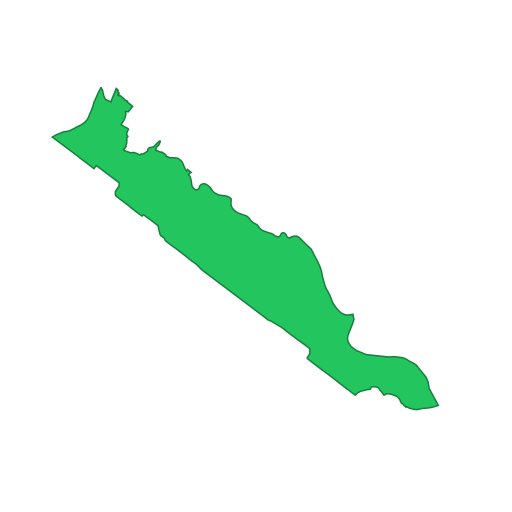 outline of Marasu, Braila, Romania, rotated 125°
{"feature_id": "2599482B39653886618444", "entity_name": "Marasu", "entity_type": "district", "adm_level": 2, "iso_a3": "ROU", "parent_name": "Romania", "parent_adm1": "Braila", "projection": "equal_earth", "projection_center": [27.963, 45.023], "detail": "fine", "context": "isolated", "style": "filled", "palette": "green", "viewbox_px": 512, "rotation_deg": 125, "n_neighbors": 0, "source": "geoboundaries", "source_scale": "gbopen_adm2", "svg_char_len": 5945}
<svg xmlns="http://www.w3.org/2000/svg" viewBox="0 0 512 512"><g transform="rotate(125 256 256)"><path d="M206.5,479.7L209.8,479.2L211.7,479.0L214.6,478.5L217.9,477.8L222.7,477.0L227.1,475.4L228.7,475.0L233.3,473.9L234.3,473.8L238.0,472.9L239.8,472.6L240.9,472.5L242.7,472.6L245.6,473.2L249.1,474.6L253.3,476.9L255.4,477.9L259.1,479.8L260.8,481.0L261.8,481.8L262.6,482.6L263.4,483.5L264.1,484.3L265.4,485.3L266.9,486.2L271.4,489.2L275.4,491.1L275.6,486.6L276.4,460.5L276.4,460.4L276.7,456.6L276.9,450.3L277.4,438.9L273.5,438.7L274.4,413.5L274.2,413.5L274.5,411.7L274.6,410.1L274.6,409.9L274.8,409.8L277.1,408.5L277.5,408.3L283.7,408.2L284.2,408.0L286.4,406.4L287.2,405.5L287.6,396.1L287.8,389.0L288.2,385.8L288.5,379.6L288.7,372.4L288.6,372.2L287.0,372.1L286.8,372.0L286.7,371.8L286.9,364.3L286.9,363.2L287.3,354.6L287.2,353.9L287.6,353.4L292.7,347.8L293.7,346.4L293.9,346.0L293.9,345.6L294.1,340.9L294.3,340.5L295.5,339.0L295.9,329.6L295.8,327.9L295.9,323.6L296.4,314.5L297.0,305.7L296.9,300.8L297.3,298.7L298.2,293.6L298.4,292.2L298.4,291.0L298.6,289.1L298.6,287.2L299.9,249.8L301.4,209.1L301.3,208.5L300.9,207.0L300.7,205.8L300.2,199.5L299.8,194.4L299.9,190.2L300.2,187.8L300.4,181.7L300.7,171.3L300.8,165.2L300.9,160.6L301.0,159.1L301.1,158.8L302.1,157.9L303.0,157.3L304.5,156.4L306.4,155.8L307.1,155.7L308.7,155.9L309.7,155.7L310.2,155.5L310.5,155.2L310.6,154.6L310.9,149.2L311.5,135.1L311.4,133.9L312.1,116.7L312.3,115.4L313.1,94.9L312.6,94.6L310.6,94.4L309.9,94.2L308.5,93.6L307.1,92.9L305.9,92.0L304.6,90.7L302.2,88.7L301.3,87.9L299.9,86.1L299.6,86.0L299.3,85.9L297.8,86.4L297.3,86.4L296.9,86.2L296.3,85.6L295.5,84.4L294.2,82.2L293.9,81.5L293.9,80.5L294.0,79.5L294.3,78.4L294.8,77.3L295.0,76.0L295.5,74.4L296.5,72.0L296.6,71.6L296.5,71.4L296.3,71.1L294.8,70.5L294.0,69.9L293.4,69.2L293.0,68.6L291.6,65.7L291.4,65.2L290.6,61.9L290.2,60.0L290.3,58.4L290.6,57.3L291.4,55.6L293.2,52.4L293.2,52.1L293.2,51.8L293.0,51.3L293.0,50.9L293.6,49.0L293.6,48.4L293.6,47.6L293.8,46.4L293.0,46.2L292.8,43.7L292.3,42.0L291.2,39.1L289.8,36.3L285.4,32.2L281.8,27.9L280.1,26.1L277.3,23.6L273.8,20.9L265.2,38.2L260.4,42.8L257.7,47.3L253.4,62.4L253.5,65.8L254.2,70.4L254.4,74.9L255.8,78.8L259.3,85.2L262.7,89.5L273.6,109.3L275.9,120.0L275.6,126.4L273.5,131.3L270.9,133.9L268.4,135.1L255.9,138.1L251.6,139.5L249.9,141.4L248.1,143.1L251.5,146.7L252.4,148.0L253.0,149.3L253.6,151.6L253.7,153.7L253.6,155.3L253.4,157.0L252.8,159.4L251.5,163.6L251.2,164.2L250.7,165.2L250.2,166.4L248.5,169.0L246.0,172.7L244.4,175.7L243.1,178.5L241.7,181.1L239.7,183.8L235.7,188.6L233.6,190.9L231.2,193.3L227.9,197.7L225.2,202.3L221.7,209.2L220.0,212.0L219.5,213.4L218.9,214.3L218.7,214.9L218.3,217.6L217.9,220.6L216.1,231.0L216.1,232.4L216.2,233.1L216.3,233.7L216.7,234.5L217.0,234.9L218.4,236.7L219.3,237.4L219.9,237.9L220.9,238.3L221.7,238.8L222.2,239.3L222.4,239.8L222.6,240.8L222.5,241.5L222.3,241.9L221.5,243.1L221.3,243.5L221.0,244.7L220.9,245.7L221.0,246.5L221.6,247.4L221.9,247.7L222.9,248.1L223.7,248.1L224.5,247.9L225.3,247.8L226.2,247.9L227.6,248.7L227.9,249.0L228.5,251.4L228.5,254.5L228.7,256.3L229.5,258.3L230.0,260.0L230.5,261.8L230.8,263.0L231.4,265.3L231.4,266.0L231.1,268.8L231.0,269.4L230.7,270.1L230.2,271.9L230.0,272.2L229.9,272.9L229.8,273.5L229.9,274.2L230.0,275.0L230.2,275.7L230.2,276.4L230.4,277.0L230.3,278.6L230.1,279.9L229.9,280.7L229.7,281.5L229.4,281.8L229.1,282.6L228.9,283.7L228.7,285.0L228.7,286.3L228.8,287.3L229.1,288.4L231.1,295.6L231.1,296.4L231.1,298.3L231.0,300.5L230.5,302.3L230.1,303.3L229.0,305.1L228.7,305.4L227.9,306.2L226.5,307.2L223.6,308.9L223.5,309.0L223.2,310.5L223.2,311.4L223.3,312.1L223.7,314.2L224.7,316.3L226.8,320.3L227.3,321.6L227.7,323.3L228.0,325.0L228.0,325.7L227.9,327.7L227.6,328.9L227.3,329.9L226.7,331.1L226.5,331.6L226.0,333.9L225.8,335.3L225.8,336.2L225.9,337.9L226.1,338.9L226.6,339.9L227.5,341.0L228.4,341.7L229.0,342.0L230.9,342.2L231.5,342.1L232.1,341.8L233.3,341.6L233.9,341.6L234.5,341.7L235.2,342.0L236.0,342.6L236.2,343.0L236.5,343.7L236.5,344.6L236.5,345.6L236.2,346.7L235.6,348.0L234.8,349.2L233.3,350.6L231.3,352.4L229.4,354.6L228.9,355.4L228.6,356.1L228.0,357.6L227.9,358.2L225.5,357.4L224.7,357.0L224.4,361.1L224.4,361.7L226.2,361.5L225.5,363.5L224.7,364.9L223.8,366.5L221.9,369.4L221.2,370.9L221.0,371.6L220.8,373.0L220.8,375.1L220.8,375.7L221.0,376.5L221.5,377.6L222.0,378.4L223.0,380.1L223.7,381.0L223.8,381.3L224.7,382.6L225.2,383.7L225.4,384.6L225.5,384.8L225.3,384.9L225.5,385.3L225.7,385.5L225.6,386.9L225.7,387.0L225.2,387.3L225.1,387.6L225.0,388.0L225.1,389.1L225.1,389.3L224.8,389.4L224.7,389.8L224.8,390.3L224.9,391.2L224.9,391.3L224.8,391.5L225.0,393.1L225.4,393.2L225.6,393.4L225.9,394.6L226.2,396.4L227.0,398.8L223.7,400.0L221.8,399.3L221.4,399.4L220.7,399.3L220.1,399.4L219.3,399.5L216.9,400.2L216.8,400.6L217.7,400.8L217.7,401.2L225.8,402.7L226.3,403.5L227.5,404.7L228.4,405.4L229.1,405.7L230.5,405.8L231.3,405.6L231.8,405.4L232.5,404.8L233.3,405.4L237.0,406.9L238.3,408.6L239.5,408.9L239.9,409.3L240.2,410.7L240.5,413.1L241.5,415.8L243.2,417.8L243.7,419.0L244.5,421.7L244.8,423.1L245.0,424.0L245.2,424.4L245.0,425.2L244.9,425.5L244.6,425.6L243.9,425.6L243.9,425.4L240.7,425.2L240.6,425.8L237.8,426.6L235.3,428.1L234.2,428.9L233.6,429.7L233.5,429.8L233.3,429.8L232.7,429.6L231.7,429.4L230.6,431.6L230.6,431.9L227.8,432.8L225.7,433.1L225.4,433.2L225.3,433.4L225.0,434.0L225.3,436.1L225.6,438.4L225.7,439.8L225.6,440.2L225.9,441.4L225.8,441.5L225.7,441.9L221.5,442.0L220.4,442.1L217.4,442.7L216.3,443.1L214.3,444.1L212.5,445.7L211.8,444.7L211.4,443.7L211.1,443.3L210.2,443.3L209.6,443.1L208.1,443.2L207.8,443.1L204.2,442.9L203.6,450.1L202.9,450.1L203.5,453.3L203.1,453.4L202.5,460.0L203.4,460.0L203.3,461.7L201.0,461.6L200.7,464.0L199.3,463.9L198.9,466.6L210.7,463.9L211.5,463.7L213.1,463.1L213.2,464.6L213.7,466.4L213.9,468.8L213.8,469.8L213.3,470.8L211.8,472.9L209.7,475.3L208.6,476.3L208.2,476.9L207.3,479.1L206.5,479.7Z" fill="#22c55e" stroke="#15803d" stroke-width="1.5"/></g></svg>